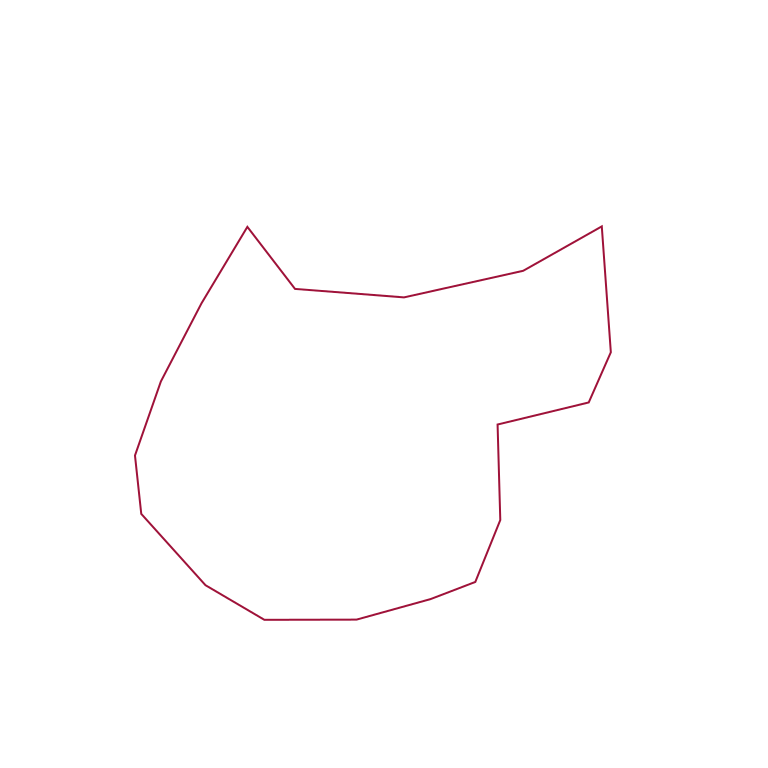 Bangui, Mercator projection, rotated 228°
{"feature_id": "CAF-1460", "entity_name": "Bangui", "entity_type": "Autonomous Commune", "adm_level": 1, "iso_a3": "CAF", "parent_name": "Central African Republic", "parent_adm1": "", "projection": "mercator", "projection_center": [18.542, 4.372], "detail": "fine", "context": "isolated", "style": "outline", "palette": "rose", "viewbox_px": 768, "rotation_deg": 228, "n_neighbors": 0, "source": "natural_earth", "source_scale": "10m", "svg_char_len": 394}
<svg xmlns="http://www.w3.org/2000/svg" viewBox="0 0 768 768"><g transform="rotate(228 384 384)"><path d="M592.2,387.6L514.2,381.5L435.0,456.8L375.0,563.2L355.4,651.3L255.8,573.8L233.3,523.8L277.9,441.3L205.1,379.4L175.8,319.4L193.0,274.7L227.3,205.9L288.8,137.3L353.9,116.7L449.9,116.7L497.5,151.1L535.2,219.9L566.1,302.4L592.2,387.6Z" fill="none" stroke="#9f1239" stroke-width="2"/></g></svg>